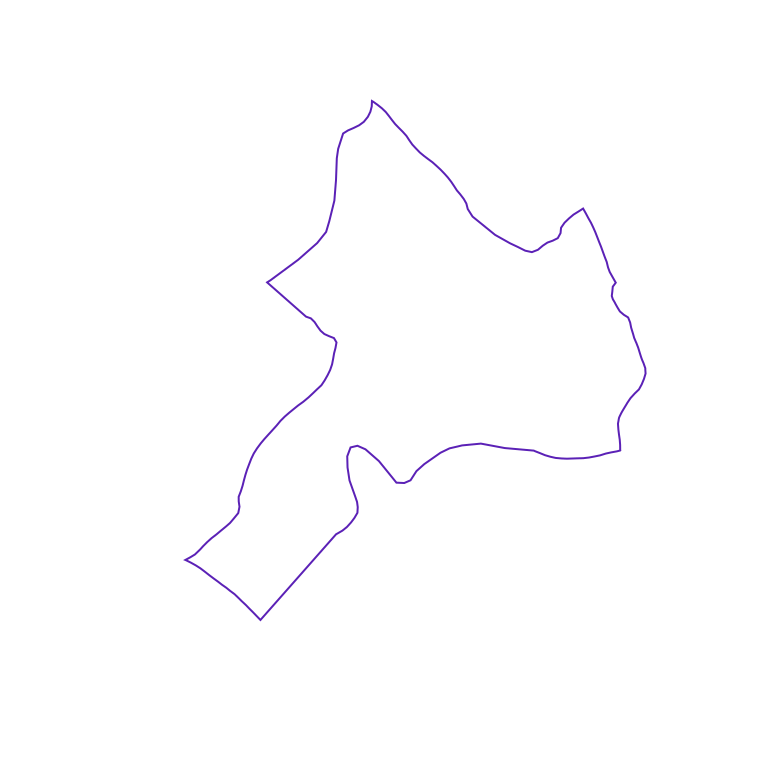 the district of Ar Rawdah, Shabwah, Yemen, rotated 46°
{"feature_id": "15242507B21642495199859", "entity_name": "Ar Rawdah", "entity_type": "district", "adm_level": 2, "iso_a3": "YEM", "parent_name": "Yemen", "parent_adm1": "Shabwah", "projection": "natural_earth1", "projection_center": [47.316, 14.501], "detail": "fine", "context": "isolated", "style": "outline", "palette": "violet", "viewbox_px": 768, "rotation_deg": 46, "n_neighbors": 0, "source": "geoboundaries", "source_scale": "gbopen_adm2", "svg_char_len": 3285}
<svg xmlns="http://www.w3.org/2000/svg" viewBox="0 0 768 768"><g transform="rotate(46 384 384)"><path d="M229.8,397.5L281.4,393.3L286.0,391.0L291.2,390.9L296.4,391.9L301.6,392.6L306.6,392.2L311.4,390.3L316.2,388.1L321.1,389.3L324.4,393.9L327.2,398.5L330.5,403.0L333.8,407.7L336.5,413.0L338.5,418.5L340.2,424.3L341.4,429.8L341.3,435.7L341.3,441.4L341.2,447.6L340.7,454.4L339.8,460.6L339.3,466.3L338.8,472.3L338.5,478.0L338.6,484.1L339.3,490.3L339.7,496.2L340.1,502.6L340.5,508.4L341.1,514.0L342.1,520.0L343.5,525.9L345.5,531.3L347.9,536.5L350.5,542.0L353.1,546.8L356.0,551.7L359.0,556.5L361.7,561.5L364.2,566.9L367.6,570.1L371.9,573.2L375.6,578.5L376.4,585.3L377.0,591.3L376.7,597.1L376.2,603.3L375.8,609.1L375.1,615.1L374.9,620.9L375.0,626.6L375.3,631.1L375.3,638.4L374.1,643.7L372.6,649.1L373.3,648.8L378.4,647.0L383.7,645.4L389.1,644.1L394.3,643.3L400.1,642.5L405.7,641.6L410.9,640.7L415.8,640.0L420.9,639.0L425.9,638.4L431.3,637.5L436.3,637.3L441.4,637.2L447.0,636.9L452.1,636.9L457.1,636.8L462.8,636.8L467.9,636.8L463.4,580.2L458.8,522.8L459.2,521.4L460.6,515.7L461.1,510.0L460.7,503.9L459.8,498.3L458.2,492.6L454.3,488.4L450.1,485.3L444.8,482.8L429.4,475.8L418.7,468.2L410.5,460.7L406.4,452.1L410.0,446.0L418.1,442.7L435.9,441.2L449.9,442.4L463.6,443.6L469.3,438.2L471.7,431.8L469.2,421.2L469.6,410.7L472.7,391.1L475.8,381.6L480.3,374.1L482.4,370.5L494.2,355.7L514.0,341.6L536.0,322.5L537.1,322.1L542.1,319.8L547.1,317.6L552.0,314.8L556.4,311.9L560.9,308.0L564.8,304.3L568.4,300.3L572.1,296.2L575.7,292.3L579.3,287.6L582.4,282.9L585.4,278.2L588.1,272.8L591.0,268.1L594.2,263.3L595.9,260.3L595.9,260.2L595.7,260.1L591.9,256.5L587.8,253.1L586.4,252.1L583.5,250.0L579.8,247.2L579.3,246.8L575.1,243.3L571.7,238.6L571.1,237.3L569.7,233.4L569.1,231.4L568.1,227.7L567.0,223.5L566.6,222.1L565.7,217.9L565.4,216.4L565.0,210.2L565.0,208.0L565.0,204.4L563.3,198.9L560.9,193.4L558.2,188.6L554.9,185.8L554.2,185.1L549.2,182.8L546.0,181.6L544.4,180.9L542.9,180.2L539.3,178.4L534.4,175.9L529.4,173.8L529.0,173.7L524.6,172.0L521.1,170.1L520.1,169.6L515.2,167.1L510.7,164.2L509.2,163.6L505.8,162.2L505.5,162.2L500.8,163.4L498.7,163.6L495.7,163.9L493.8,163.5L490.8,162.8L487.0,161.8L485.8,161.4L482.0,160.5L478.9,159.0L476.4,155.9L472.9,151.8L472.1,146.9L465.5,145.2L460.2,143.8L456.1,142.0L455.5,141.7L450.9,139.0L445.6,136.8L440.9,134.7L436.0,132.5L431.3,130.6L426.3,128.5L421.5,126.5L416.6,124.7L411.8,123.1L406.7,121.8L401.5,120.3L396.1,118.9L395.1,123.9L393.8,130.0L393.4,135.9L393.4,142.1L394.6,148.1L398.1,152.2L399.8,157.7L398.1,163.1L395.8,168.2L394.8,173.8L394.4,180.0L391.9,186.0L386.2,189.8L378.5,192.5L370.3,195.6L353.9,200.5L325.1,204.0L316.3,202.2L311.4,199.4L306.4,198.1L300.5,197.4L295.4,197.1L290.3,196.1L285.3,195.2L279.8,194.6L274.6,194.4L269.0,194.4L263.7,194.7L258.2,195.1L252.9,196.0L247.7,196.8L242.3,197.4L236.7,197.4L231.4,197.3L226.3,196.5L221.0,195.5L215.5,195.3L209.8,195.4L204.7,195.4L199.7,194.9L194.7,194.3L189.6,193.8L184.1,194.0L178.9,194.7L173.9,195.6L172.1,196.1L175.8,200.0L178.7,204.7L180.6,210.0L181.4,216.4L180.6,222.2L178.7,228.1L176.6,233.7L175.4,239.4L183.0,253.6L188.8,261.1L204.0,276.9L217.6,292.3L228.9,310.3L234.4,320.0L236.2,334.2L235.0,359.5L234.7,361.8L230.5,393.7L229.7,397.5L229.8,397.5Z" fill="none" stroke="#5b21b6" stroke-width="2"/></g></svg>